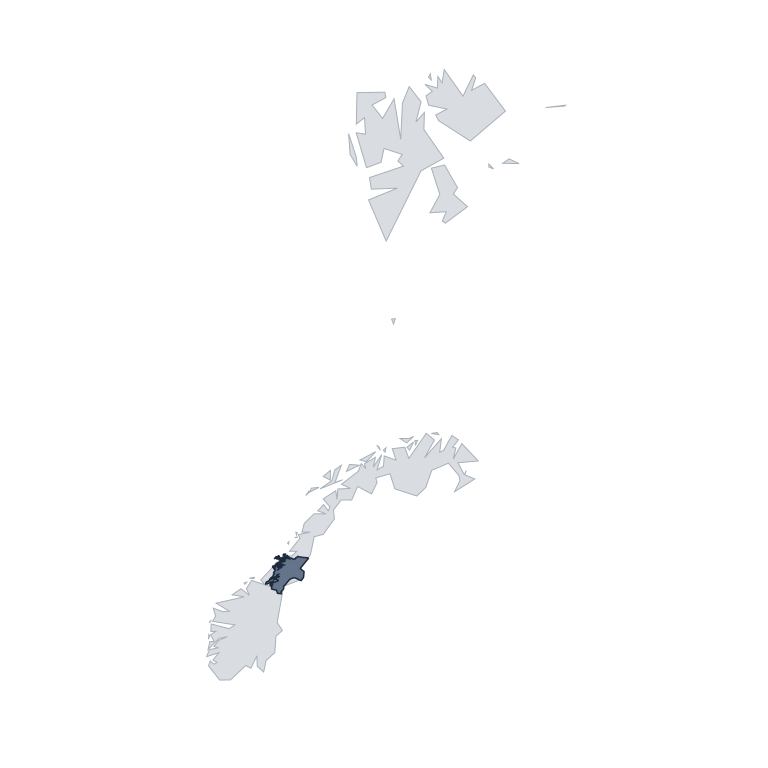 where Nord-Trøndelag sits in Norway, rotated 10°
{"feature_id": "NOR-925", "entity_name": "Nord-Trøndelag", "entity_type": "County", "adm_level": 1, "iso_a3": "NOR", "parent_name": "Norway", "parent_adm1": "", "projection": "mercator", "projection_center": [11.396, 64.165], "detail": "fine", "context": "in_parent", "style": "filled", "palette": "slate", "viewbox_px": 768, "rotation_deg": 10, "n_neighbors": 0, "source": "natural_earth", "source_scale": "10m", "svg_char_len": 9482}
<svg xmlns="http://www.w3.org/2000/svg" viewBox="0 0 768 768"><g transform="rotate(10 384 384)"><path d="M405.5,471.4L392.2,477.9L394.3,482.2L390.8,494.4L375.8,489.5L372.3,503.9L362.0,505.6L356.1,516.8L358.6,525.4L350.3,542.6L341.8,546.5L341.2,564.7L333.7,580.1L337.5,582.6L337.4,590.3L320.3,600.5L320.2,637.4L326.7,644.4L321.4,651.0L323.1,667.5L315.9,676.8L315.5,688.5L308.2,684.0L306.0,673.7L302.3,687.1L296.7,685.3L284.1,702.1L273.6,704.1L260.1,692.0L261.0,687.0L265.4,689.5L267.8,687.2L263.5,685.5L268.1,677.3L256.6,683.3L258.2,675.9L266.4,672.7L262.0,671.9L265.7,665.2L273.5,660.1L265.9,663.1L256.8,675.9L257.3,667.8L261.7,667.2L256.7,661.3L261.3,656.8L256.5,657.8L255.5,650.3L273.9,651.9L279.0,647.1L256.4,647.5L258.5,641.9L254.8,634.4L264.6,636.2L271.1,634.6L256.7,629.0L283.4,617.8L271.1,618.0L278.7,610.5L288.2,615.6L284.0,609.3L287.8,600.4L307.5,603.2L313.8,592.2L301.2,602.2L296.7,598.3L314.1,571.7L323.3,569.1L327.0,563.9L320.0,565.2L328.1,550.4L325.8,547.2L337.1,542.7L328.9,544.2L329.7,535.0L337.8,523.9L349.6,522.0L340.8,520.4L345.5,513.3L351.3,518.6L352.1,514.5L344.1,507.7L355.0,497.5L357.8,505.9L356.8,495.4L369.0,492.7L359.6,490.1L373.9,474.4L375.4,466.4L380.8,470.4L378.6,465.9L388.3,457.7L387.9,467.6L394.0,454.0L392.1,469.7L397.8,465.1L396.7,454.8L409.0,456.9L403.4,446.3L415.4,442.6L421.4,453.0L434.2,425.2L443.4,430.5L436.7,449.7L450.0,427.9L450.7,441.6L454.3,438.9L459.8,422.9L467.0,426.1L462.5,434.3L465.9,434.6L465.2,445.9L471.0,429.2L490.2,443.4L470.5,448.7L478.8,459.3L489.9,461.7L472.2,477.8L475.5,466.3L473.8,461.2L461.2,450.8L446.0,460.7L443.1,478.6L435.8,488.6L412.9,485.4L405.5,471.4ZM357.2,86.8L371.5,99.7L370.0,120.4L376.6,109.5L379.1,126.5L403.7,151.2L383.4,167.7L361.3,242.9L336.8,205.4L363.2,188.8L337.7,194.3L333.9,183.2L365.5,166.0L359.0,162.1L362.0,154.7L343.1,152.1L342.6,166.1L329.2,174.0L313.0,141.4L322.4,141.2L318.6,125.0L311.6,132.8L306.8,101.8L334.1,96.5L336.1,101.6L323.8,111.3L336.5,122.7L344.4,101.4L358.0,140.2L353.4,104.3L357.2,86.8ZM388.7,63.9L411.8,86.8L418.3,64.1L421.1,66.7L419.3,79.5L430.9,70.5L456.2,94.2L426.8,129.7L392.3,115.3L388.2,110.2L398.2,102.3L379.6,101.7L375.3,93.0L380.8,87.4L372.3,81.8L385.2,83.3L383.7,71.8L388.9,77.4L388.7,63.9ZM405.7,157.9L422.3,177.9L419.3,184.8L435.4,194.9L416.5,215.0L413.1,213.4L415.4,203.5L399.5,207.4L406.1,187.7L393.2,163.2L405.7,157.9ZM352.8,489.4L359.9,485.5L339.2,498.4L349.6,488.0L350.3,477.3L356.1,471.4L352.8,489.4ZM364.0,469.2L373.7,468.3L362.3,476.6L364.0,469.2ZM373.6,463.0L387.6,452.1L380.1,463.6L373.6,463.0ZM305.7,143.6L317.2,165.1L319.8,174.2L310.8,163.9L305.7,143.6ZM346.2,478.4L347.9,488.0L340.2,485.6L346.2,478.4ZM422.2,430.5L416.7,438.0L409.1,434.9L417.9,433.4L422.2,430.5ZM423.2,436.0L420.7,444.7L417.5,442.3L423.2,436.0ZM330.5,499.2L337.9,497.1L329.9,503.2L330.5,499.2ZM513.7,78.9L495.0,83.7L514.4,77.9L513.7,78.9ZM468.1,140.6L478.8,143.5L462.5,146.0L468.1,140.6ZM439.2,424.5L444.9,422.5L446.7,424.4L439.2,424.5ZM426.9,433.7L425.7,438.4L424.2,434.4L426.9,433.7ZM397.0,446.4L396.9,451.0L394.8,449.4L397.0,446.4ZM383.7,317.7L383.0,323.3L380.2,318.8L383.7,317.7ZM454.5,153.2L449.5,152.1L449.1,149.2L454.5,153.2ZM309.9,571.7L311.3,574.7L307.3,574.0L309.9,571.7ZM387.5,445.5L390.3,447.2L391.9,449.9L387.5,445.5ZM375.7,70.4L377.8,76.4L374.5,74.1L375.7,70.4ZM289.7,598.3L285.2,598.6L289.9,596.9L289.7,598.3ZM283.2,603.0L281.6,605.4L280.8,604.2L283.2,603.0ZM328.7,504.1L326.2,507.4L328.9,501.9L328.7,504.1ZM255.9,662.3L255.4,665.8L255.0,661.3L255.9,662.3ZM324.0,547.8L322.9,545.3L324.4,545.4L324.0,547.8ZM480.1,455.0L479.4,458.7L479.2,458.0L480.1,455.0ZM325.2,550.2L322.6,550.7L325.8,549.6L325.2,550.2ZM317.6,555.9L317.9,558.3L316.6,557.5L317.6,555.9ZM254.7,647.3L253.6,649.5L253.8,647.7L254.7,647.3Z" fill="#d9dde1" stroke="#a8b0b8" stroke-width="1"/><path d="M339.8,568.8L339.6,569.4L338.4,571.4L333.6,580.0L336.3,582.0L337.4,582.3L337.7,582.5L337.9,583.1L338.3,588.0L338.3,588.4L338.2,588.7L336.7,591.8L336.5,592.0L336.3,592.0L329.9,590.3L327.6,591.0L325.6,592.4L324.9,593.1L323.1,596.1L321.4,599.3L320.3,600.5L320.7,602.5L320.7,603.0L320.6,603.4L318.7,606.7L319.3,608.4L315.5,608.6L313.9,605.8L309.4,605.5L309.1,605.4L308.9,605.3L308.7,604.7L308.6,603.5L308.9,603.3L308.9,603.1L308.1,602.9L307.7,602.7L307.5,602.1L307.7,601.7L308.2,601.4L309.0,601.3L309.0,601.2L308.4,601.0L308.4,600.9L308.9,600.7L309.0,600.4L308.4,600.5L307.6,601.0L307.3,601.0L306.9,601.4L306.6,601.5L306.6,601.3L306.9,600.9L307.0,600.8L307.2,600.4L307.5,599.9L308.5,599.4L308.8,598.7L310.0,598.0L310.5,598.3L310.8,598.3L311.1,598.2L311.4,598.0L311.9,597.1L312.1,596.9L312.8,596.7L313.8,596.5L313.9,596.3L313.9,596.1L313.5,595.9L313.7,595.6L313.5,595.3L312.9,595.4L312.2,595.0L310.7,595.3L310.6,595.1L310.6,594.8L310.6,594.5L310.6,594.4L311.3,594.1L311.5,593.9L311.7,593.4L312.4,592.9L313.7,592.6L314.1,592.1L314.2,591.8L313.8,591.9L313.6,591.6L313.0,591.7L312.1,591.5L312.0,591.4L311.9,591.2L312.0,590.8L312.8,590.1L313.0,589.8L312.4,590.0L311.7,590.7L311.5,591.7L311.3,592.1L309.4,593.3L308.5,594.3L306.9,595.1L306.5,595.7L306.0,595.9L305.8,596.2L306.4,596.0L307.0,595.5L307.6,595.3L308.8,594.4L309.1,594.3L310.2,595.1L310.4,595.6L309.8,596.1L309.6,596.3L309.5,597.0L308.9,597.8L308.0,598.0L307.4,598.6L306.7,598.7L306.5,598.8L306.2,599.6L305.4,600.0L304.3,600.9L303.6,601.2L302.8,601.2L302.4,601.6L302.3,601.2L302.2,601.0L302.1,600.7L302.5,599.7L302.8,599.3L305.0,597.6L305.2,597.3L305.4,596.2L305.9,595.1L306.5,594.3L307.7,593.1L307.9,592.9L307.9,592.5L308.1,592.1L308.1,591.8L308.1,591.4L309.0,590.0L308.6,589.6L308.3,589.6L308.0,589.3L308.2,588.2L308.9,587.6L309.4,586.1L308.7,585.9L307.8,585.3L307.1,584.3L306.3,583.8L306.2,583.5L306.0,583.4L306.0,583.2L306.1,582.9L306.5,583.2L306.7,583.5L307.3,583.6L307.5,584.1L308.0,584.5L308.4,584.4L307.9,583.9L307.8,583.7L307.9,583.2L307.5,583.0L306.8,583.1L306.6,583.0L306.6,582.8L307.0,582.4L307.5,582.5L307.6,582.2L307.8,582.2L308.3,582.5L308.2,582.2L307.9,581.7L308.1,581.6L308.3,581.7L308.7,582.3L308.9,582.0L309.2,582.2L309.3,582.1L309.0,581.7L309.4,581.7L309.2,581.4L309.3,580.7L309.2,580.4L308.9,580.2L309.1,580.1L309.3,579.9L309.3,579.6L310.2,580.2L310.3,580.4L310.2,580.8L310.4,581.3L310.6,581.4L311.2,582.0L311.3,582.3L311.3,582.5L311.2,583.0L311.4,583.0L312.1,582.8L312.4,582.9L312.8,583.3L312.6,583.9L312.1,584.6L311.7,585.5L311.9,585.5L312.4,584.5L313.2,583.8L313.0,583.7L313.4,582.8L313.7,583.1L314.4,582.6L315.2,582.5L315.6,582.2L313.7,582.5L313.8,582.3L313.9,581.6L314.0,581.5L314.6,581.4L314.6,581.2L314.4,581.1L314.3,580.8L314.9,580.6L314.7,580.9L314.9,581.0L315.6,580.4L316.5,580.0L316.8,579.8L315.7,579.8L315.5,580.1L315.4,579.9L315.4,579.4L315.4,579.2L315.2,579.1L314.7,579.6L314.9,579.8L315.1,579.8L314.9,580.2L314.7,580.4L314.4,580.3L313.8,579.3L313.5,578.9L313.5,578.6L313.3,578.4L313.3,578.2L313.3,577.9L313.5,577.9L313.5,577.7L313.3,577.5L314.0,577.2L314.5,576.7L315.0,576.8L315.3,576.7L315.1,576.6L315.1,576.4L314.7,576.2L316.9,575.8L317.3,575.6L317.3,575.4L316.4,575.4L315.5,575.0L315.8,574.8L316.8,574.7L316.8,574.4L315.9,574.7L315.6,574.6L316.1,574.2L316.3,573.8L316.4,573.7L317.1,573.5L318.0,572.8L318.7,572.7L319.3,572.1L320.8,572.5L320.4,572.1L320.0,571.9L319.2,571.8L318.6,572.2L317.9,572.3L316.4,573.5L315.3,574.0L315.2,574.2L315.3,574.4L315.3,574.6L314.7,575.1L314.0,575.3L313.6,576.1L313.4,576.3L312.1,576.9L311.9,576.7L312.9,576.2L313.6,575.1L312.8,575.4L312.4,575.0L312.0,575.1L311.8,575.0L312.0,574.7L312.3,574.5L314.4,574.1L315.7,573.5L316.0,573.1L315.8,573.1L315.1,573.5L311.9,574.3L313.3,572.9L313.8,572.9L314.3,573.4L314.7,573.4L315.1,573.0L315.1,572.8L314.5,573.3L314.0,572.7L314.8,572.2L315.5,572.4L315.3,572.1L315.4,571.9L315.7,572.2L316.1,572.1L316.7,571.7L317.1,571.6L317.3,571.5L317.0,571.2L317.1,570.8L317.6,570.3L318.6,569.7L318.9,570.0L318.8,570.4L318.9,570.6L319.0,570.4L319.2,569.9L319.2,570.0L319.3,570.3L319.6,570.7L320.3,570.8L320.3,571.0L320.3,571.3L320.6,571.2L320.9,571.3L321.4,571.8L322.5,571.5L323.8,571.7L324.4,572.3L325.6,572.3L326.0,571.8L326.9,571.7L327.2,571.4L327.3,571.2L327.2,570.8L327.2,570.6L328.0,570.1L328.6,569.4L328.9,568.8L329.1,568.7L330.7,569.0L332.8,568.8L333.6,568.9L338.9,568.4L339.8,568.8ZM312.3,580.6L312.5,581.0L313.6,581.0L313.8,581.5L313.7,581.7L313.5,582.4L313.2,582.2L312.6,582.1L312.3,581.5L311.9,581.5L311.3,581.7L310.9,580.6L311.0,580.3L311.7,580.4L311.4,579.8L310.5,580.0L310.1,579.7L310.0,579.4L310.2,578.8L310.3,578.6L310.5,578.6L311.0,579.1L311.8,579.5L312.1,579.9L312.3,580.6ZM310.5,573.3L309.8,573.4L308.9,574.3L308.1,574.4L310.6,572.2L311.2,572.6L311.4,572.8L311.6,573.2L312.1,573.4L312.1,573.5L311.3,574.4L310.9,574.7L310.4,574.7L310.5,574.4L310.3,574.3L310.1,574.4L310.4,573.9L310.5,573.6L310.5,573.3ZM308.3,573.8L307.3,574.4L307.4,574.1L307.1,574.1L307.3,573.9L307.4,573.3L307.6,573.0L307.7,572.8L308.5,572.8L309.4,572.1L310.0,571.8L310.0,571.5L310.2,571.4L310.5,571.6L310.7,571.8L309.4,573.0L308.8,573.2L308.3,573.8ZM316.6,568.7L316.7,568.9L316.6,569.0L315.8,569.7L316.0,569.8L316.0,570.0L315.8,570.3L315.6,570.2L315.6,569.9L314.9,570.3L314.4,570.0L314.5,569.8L314.5,569.4L315.0,568.9L315.9,568.7L316.3,568.9L316.6,568.7ZM312.9,578.3L312.8,579.3L312.5,579.7L312.2,579.5L311.9,578.9L311.7,579.0L311.3,578.9L311.2,578.8L311.3,578.5L311.2,578.5L311.3,578.3L311.4,578.2L312.5,577.8L312.6,578.0L312.8,578.1L312.9,578.3ZM313.9,580.0L314.0,580.4L314.1,580.5L313.7,580.8L312.9,580.5L312.8,580.3L312.9,580.0L313.0,579.9L313.0,579.1L313.2,579.5L313.2,579.3L313.3,579.2L313.7,579.8L313.9,580.0Z" fill="#64748b" stroke="#1e293b" stroke-width="1.5"/></g></svg>